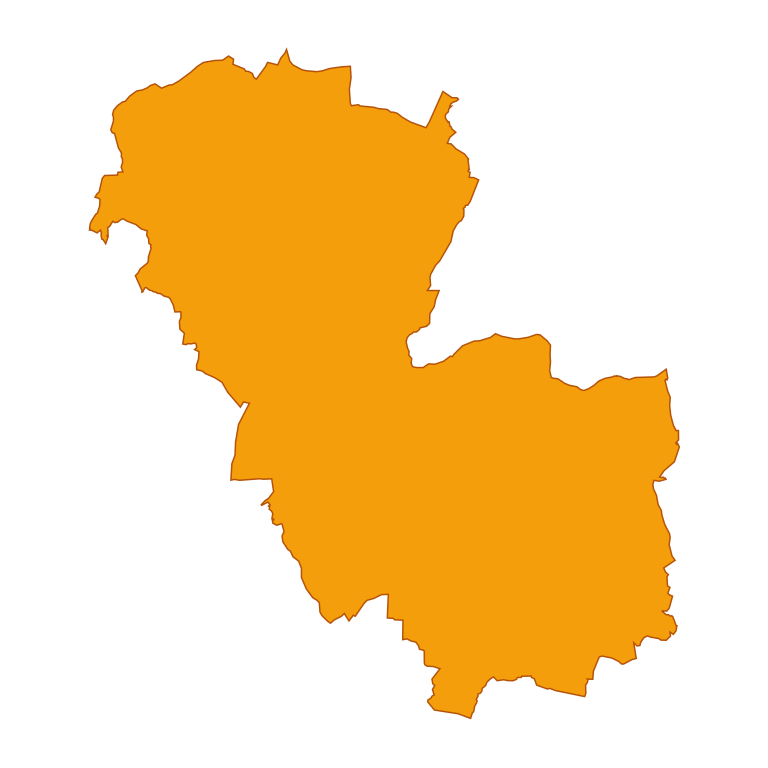 the district of Fizesu Gherlii, Cluj, Romania, rotated 271°
{"feature_id": "2599482B28237894043014", "entity_name": "Fizesu Gherlii", "entity_type": "district", "adm_level": 2, "iso_a3": "ROU", "parent_name": "Romania", "parent_adm1": "Cluj", "projection": "equal_earth", "projection_center": [23.963, 47.003], "detail": "fine", "context": "isolated", "style": "filled", "palette": "amber", "viewbox_px": 768, "rotation_deg": 271, "n_neighbors": 0, "source": "geoboundaries", "source_scale": "gbopen_adm2", "svg_char_len": 6102}
<svg xmlns="http://www.w3.org/2000/svg" viewBox="0 0 768 768"><g transform="rotate(271 384 384)"><path d="M403.7,665.9L396.9,656.7L395.8,654.1L394.9,635.2L392.6,628.8L393.4,627.2L393.8,624.0L395.6,620.5L396.3,616.2L395.7,616.1L396.0,613.9L395.2,612.8L393.4,604.6L390.6,598.6L386.1,593.8L382.8,588.6L381.1,584.2L381.1,582.9L382.2,580.1L384.6,577.0L385.9,569.5L387.8,564.6L392.2,557.9L392.8,552.5L393.5,551.1L400.5,549.4L409.1,550.1L416.0,549.5L425.7,549.8L430.1,546.3L435.9,539.1L436.2,535.5L433.2,527.4L431.5,518.2L431.4,514.0L433.7,501.0L436.2,494.6L432.4,489.6L428.9,478.9L428.5,473.4L423.6,461.9L414.7,453.2L412.6,452.0L413.0,449.9L407.8,443.2L404.7,434.8L404.9,428.3L401.1,422.8L401.0,416.2L401.8,412.2L405.3,410.8L410.0,411.2L413.3,408.3L417.1,408.5L419.7,407.1L426.4,405.4L430.6,406.3L433.6,408.6L434.8,411.0L436.4,412.6L436.7,415.8L439.2,418.5L440.8,419.1L442.4,425.5L445.4,428.5L455.1,428.6L462.1,432.8L469.5,434.2L478.4,437.5L478.2,425.7L483.3,428.9L491.0,428.1L494.4,428.7L503.4,433.4L508.0,437.5L527.5,448.4L538.1,450.5L544.4,453.8L547.5,456.3L548.7,458.4L553.1,460.8L559.2,460.9L561.0,460.2L562.0,461.9L564.0,462.4L564.2,464.6L568.1,467.0L589.7,475.1L591.9,470.3L592.1,465.6L597.2,466.4L597.9,464.5L600.0,464.8L599.9,465.5L609.5,464.1L610.4,464.6L615.4,460.4L620.4,451.8L625.2,447.0L625.7,443.1L631.8,445.5L636.9,451.4L640.1,447.5L642.7,446.3L643.3,445.2L647.1,444.7L647.4,443.9L647.0,443.4L650.9,440.8L654.4,440.7L657.2,443.5L660.2,444.0L663.0,446.7L662.8,444.9L665.4,446.0L667.2,448.6L668.0,451.2L669.9,453.5L671.5,452.0L671.4,447.1L677.5,437.8L646.5,424.6L641.0,421.5L646.3,406.0L651.0,397.7L654.8,392.7L656.0,388.5L655.8,386.4L658.5,382.4L659.3,373.4L660.5,369.0L661.6,355.1L662.8,353.7L661.7,346.5L663.8,345.5L677.8,344.2L689.7,345.7L701.1,344.8L700.3,335.6L698.4,323.9L696.0,316.7L695.1,311.5L695.8,301.3L696.7,296.6L701.2,287.7L702.9,286.0L705.4,284.1L716.8,280.7L712.9,279.1L708.4,275.3L701.2,272.1L703.5,262.0L699.3,260.0L686.5,251.0L688.3,248.6L692.2,246.9L694.2,243.0L694.3,240.3L696.6,238.8L701.0,227.4L706.1,227.9L709.2,222.9L704.9,216.9L704.5,208.9L702.3,197.8L698.1,191.6L692.3,185.3L683.3,173.6L679.5,167.1L679.1,163.7L675.9,156.5L680.1,149.8L678.2,144.8L676.3,142.7L673.9,137.6L672.6,131.5L667.2,124.5L662.2,120.5L661.5,117.8L657.8,112.8L653.0,108.9L648.6,107.9L646.3,108.8L642.2,108.9L633.4,106.4L630.5,107.9L629.8,110.2L615.3,114.4L610.5,117.4L606.6,117.4L604.2,118.6L600.5,118.7L596.6,117.4L591.5,119.2L591.1,114.3L588.2,113.8L587.6,101.0L584.6,98.7L571.2,95.9L568.8,93.5L565.7,91.8L564.8,95.2L563.5,96.8L557.0,96.6L549.9,94.5L549.0,93.1L543.0,89.3L539.1,87.5L534.5,86.9L533.9,87.7L532.8,86.9L532.6,89.2L530.1,94.5L532.9,97.8L530.4,98.7L526.9,98.6L523.9,99.4L523.4,100.7L519.4,103.3L526.8,105.7L527.4,105.5L526.7,105.0L527.4,104.4L528.3,105.5L535.7,105.1L536.5,106.7L541.9,110.0L540.7,112.0L541.1,114.8L544.4,118.9L544.5,120.5L542.4,124.1L539.1,133.2L534.9,138.4L533.0,144.5L528.4,144.2L525.3,146.0L520.4,146.5L519.1,148.6L517.0,148.2L515.7,148.8L507.3,146.3L502.2,146.1L500.5,145.0L494.7,138.1L491.0,136.4L488.0,133.5L473.3,140.4L471.6,140.3L472.0,141.3L475.9,143.1L476.3,144.6L473.8,147.8L473.2,150.5L472.0,152.2L472.2,153.3L470.7,156.1L470.4,159.2L468.1,162.4L466.9,167.2L465.5,168.7L459.2,172.0L452.4,173.7L452.7,179.3L452.2,179.7L446.9,179.8L442.9,178.3L435.2,179.0L431.3,183.5L420.5,182.1L419.9,185.4L420.9,187.0L420.8,190.8L421.7,194.3L420.3,195.6L417.1,196.1L415.1,194.0L413.2,198.3L412.1,198.4L405.7,198.1L399.5,196.2L395.0,196.5L393.8,202.0L391.3,205.3L387.4,214.6L382.9,222.0L373.0,227.9L358.4,240.8L363.6,243.9L362.4,249.8L341.1,239.3L323.4,236.6L310.3,236.3L301.6,233.3L285.2,232.6L286.0,236.2L285.2,241.3L287.1,261.5L286.7,264.9L287.2,273.4L274.5,275.5L267.7,270.6L265.2,267.1L261.2,263.4L260.6,263.9L263.9,270.0L261.5,272.0L259.9,270.6L259.4,271.3L259.9,271.9L256.8,271.4L255.1,273.7L252.5,275.1L247.7,274.3L246.7,274.5L247.1,275.9L246.3,276.2L245.4,274.8L242.8,275.4L240.9,279.3L242.6,284.1L242.1,284.5L234.8,286.6L230.2,284.7L224.3,285.7L216.9,290.8L215.1,293.4L209.6,296.1L205.5,301.7L198.2,304.7L189.2,304.8L177.6,310.0L169.0,316.6L166.6,320.8L164.2,323.1L154.7,324.0L151.0,326.3L145.9,331.7L143.9,334.7L147.4,338.6L151.0,345.5L153.8,348.3L146.5,353.1L152.2,357.3L151.3,359.3L163.9,367.6L167.4,370.7L169.4,377.5L173.4,385.3L173.7,392.0L150.1,391.4L149.9,397.3L148.4,398.7L148.2,407.1L128.7,407.2L129.6,411.6L127.7,415.0L126.5,420.3L123.0,423.0L119.4,424.1L118.7,427.5L117.7,428.9L105.7,429.2L103.9,429.9L102.6,432.2L102.4,438.2L100.3,444.9L89.7,437.1L85.2,438.0L83.4,440.0L79.5,437.8L73.9,439.5L72.8,437.5L70.6,436.3L69.0,433.6L67.0,433.2L58.9,440.1L55.6,463.8L51.2,476.4L56.8,478.1L57.8,479.3L63.7,480.4L66.7,482.1L68.9,482.6L70.4,481.8L73.4,483.4L75.7,483.5L76.4,485.5L78.4,487.1L81.4,487.6L84.4,491.0L87.6,492.0L91.2,495.7L93.0,498.7L89.3,502.3L90.4,508.8L89.6,512.9L89.6,518.3L91.0,521.6L92.9,522.5L93.0,526.3L94.2,526.9L94.6,536.3L93.2,536.6L91.8,539.5L85.6,541.9L81.9,552.7L82.5,555.2L80.4,561.2L75.0,590.1L78.1,591.2L86.5,590.8L89.0,592.5L91.8,593.1L92.5,592.4L92.4,597.9L100.6,598.4L114.9,604.0L115.8,606.9L114.0,616.7L110.7,623.5L108.2,626.4L108.2,628.5L112.8,636.8L114.0,641.0L129.7,638.2L126.5,641.6L127.0,644.4L130.7,645.4L135.0,648.4L136.7,651.8L135.5,655.3L134.3,663.2L132.8,665.2L132.7,670.7L137.1,674.8L141.0,674.4L138.7,677.6L142.2,680.2L147.3,681.1L147.2,680.5L156.3,676.8L157.3,675.8L157.0,674.1L158.3,672.5L158.3,670.1L161.7,666.1L162.1,666.6L161.9,670.7L164.9,673.1L176.9,676.2L178.3,672.8L179.8,671.5L185.6,673.4L187.0,671.1L187.9,670.9L196.2,670.3L198.3,671.6L201.0,668.7L205.0,666.9L212.8,678.1L217.0,675.0L228.3,671.9L235.5,672.8L239.3,672.1L248.5,667.1L257.9,664.1L262.3,663.5L268.2,660.2L277.6,658.3L284.0,655.2L288.6,654.6L292.4,655.6L291.6,660.8L293.6,667.6L294.9,666.8L294.8,665.7L295.7,665.1L295.3,663.4L295.7,661.2L302.2,665.5L311.3,675.7L326.2,680.4L329.8,678.6L330.1,678.2L328.9,677.7L330.3,676.8L333.2,679.5L342.6,679.2L342.5,676.9L347.9,674.0L357.8,671.2L367.3,670.0L375.7,670.4L382.1,667.7L392.5,664.9L393.9,665.9L393.0,666.9L394.9,667.6L403.7,665.9Z" fill="#f59e0b" stroke="#b45309" stroke-width="1.5"/></g></svg>